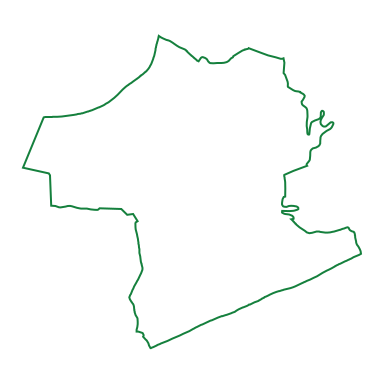 the district of Limpopo, Gaza, Mozambique
{"feature_id": "85939544B55875453752427", "entity_name": "Limpopo", "entity_type": "district", "adm_level": 2, "iso_a3": "MOZ", "parent_name": "Mozambique", "parent_adm1": "Gaza", "projection": "orthographic", "projection_center": [33.462, -25.027], "detail": "fine", "context": "isolated", "style": "outline", "palette": "green", "viewbox_px": 384, "rotation_deg": 0, "n_neighbors": 0, "source": "geoboundaries", "source_scale": "gbopen_adm2", "svg_char_len": 5960}
<svg xmlns="http://www.w3.org/2000/svg" viewBox="0 0 384 384"><path d="M150.5,348.1L151.0,348.1L151.4,347.8L153.3,347.1L156.9,345.4L157.3,345.0L160.0,344.0L160.6,343.6L167.6,340.9L172.4,338.6L179.8,335.5L183.2,333.8L189.4,331.1L193.0,329.0L194.3,328.4L194.6,328.1L195.5,327.7L195.9,327.4L196.9,327.0L201.2,324.8L202.3,324.5L210.1,320.8L211.2,320.4L211.6,320.4L217.9,317.6L221.9,316.1L222.3,316.2L225.3,315.2L226.8,314.8L231.3,313.2L232.3,312.7L234.7,311.9L236.5,310.6L238.7,309.3L242.9,307.4L243.2,307.4L247.0,305.9L248.8,304.9L249.1,304.5L250.1,304.5L254.5,302.3L258.5,300.9L258.8,300.5L259.8,300.1L260.1,299.8L261.5,299.1L261.8,298.7L264.2,297.6L264.5,297.1L266.2,296.5L268.9,295.2L269.3,294.9L273.2,293.1L276.4,291.9L279.0,291.1L279.5,291.1L282.2,290.2L282.6,290.2L283.8,289.7L290.5,288.1L293.2,287.2L295.4,286.3L301.9,283.2L303.7,282.4L304.3,282.0L304.9,281.9L306.8,280.9L310.1,279.6L313.7,277.8L317.0,276.3L322.5,272.9L326.8,270.6L328.6,269.8L331.6,268.3L335.1,266.3L335.3,266.0L335.8,265.9L336.3,265.5L338.5,264.5L339.0,264.1L340.1,263.8L342.1,262.8L345.1,261.3L346.5,260.8L348.4,259.8L348.9,259.7L349.3,259.4L351.4,258.5L353.5,257.2L359.1,254.9L361.0,253.8L360.6,251.2L359.8,249.2L358.4,246.6L356.9,244.6L356.2,242.7L356.1,241.4L355.2,237.6L355.1,235.7L354.9,235.3L354.9,234.3L354.3,232.5L354.0,232.3L353.7,231.8L351.9,231.3L350.6,230.6L349.8,230.0L349.2,229.1L348.6,227.8L348.1,227.5L347.7,227.3L346.3,227.6L344.1,228.5L342.4,228.9L340.0,229.9L339.6,229.9L333.6,231.7L333.1,231.7L330.0,232.4L327.5,232.6L325.4,232.6L320.1,231.9L319.1,231.5L316.7,231.5L312.1,232.8L309.4,233.2L306.8,232.4L305.0,230.9L299.5,227.3L296.1,224.4L295.9,223.9L295.4,223.7L295.3,223.3L294.4,222.6L293.9,221.8L293.5,221.6L293.3,221.2L293.0,221.0L292.2,220.1L291.3,219.3L293.5,218.9L293.6,218.5L293.6,218.0L293.4,217.1L292.3,215.8L289.2,214.5L285.1,214.0L284.1,213.7L282.2,212.7L282.0,212.2L282.2,210.9L289.3,211.1L293.5,210.8L294.8,210.5L297.6,209.6L298.3,209.1L298.3,207.9L298.0,207.4L297.2,206.8L296.3,206.4L293.3,205.9L291.1,205.8L288.9,206.0L286.6,206.9L284.9,206.8L283.5,206.5L283.0,206.2L282.1,204.7L282.0,204.2L282.1,202.4L282.6,199.2L283.7,197.0L285.2,196.6L285.3,188.5L285.2,182.6L285.1,181.3L284.6,178.3L284.6,177.5L284.3,176.6L284.2,175.6L284.3,174.9L293.4,170.9L307.1,165.8L306.8,165.4L306.6,164.6L306.8,163.9L309.2,160.9L309.8,159.8L310.2,155.8L310.3,152.0L310.7,150.5L311.5,149.5L312.8,148.4L315.9,147.6L318.1,146.4L319.3,145.4L320.2,143.6L320.3,140.0L320.5,138.7L320.4,138.1L320.7,136.8L321.2,135.7L322.6,133.9L326.6,130.9L330.0,129.1L331.1,128.1L331.8,127.2L333.0,124.8L333.4,123.8L333.3,122.9L332.9,122.5L332.2,122.2L330.6,122.4L326.0,126.3L324.9,126.6L323.6,126.5L322.6,126.0L320.9,124.2L320.5,122.6L320.5,121.5L320.9,119.8L322.0,117.7L323.7,115.1L323.9,114.0L323.8,112.0L323.4,111.4L322.7,110.9L321.9,110.9L321.4,111.4L320.9,112.4L320.7,117.0L320.1,118.0L318.8,119.1L314.9,120.5L312.0,122.0L311.1,123.1L309.9,128.2L309.3,134.2L309.0,134.6L308.6,134.6L308.1,134.5L307.7,134.1L307.5,133.8L307.3,132.3L307.2,129.4L306.7,126.0L306.8,122.0L307.5,117.0L307.5,115.3L307.3,110.8L307.0,109.4L306.5,108.2L305.5,107.2L302.9,105.3L302.1,104.4L301.7,102.9L301.6,101.6L302.9,99.9L304.5,97.0L304.7,95.8L304.0,94.7L302.9,93.8L300.2,92.4L300.2,91.9L299.1,91.7L298.6,91.5L296.7,91.3L295.0,91.0L293.1,90.1L288.0,86.9L287.8,86.3L287.9,83.6L287.6,81.7L285.1,74.9L283.6,73.1L284.4,62.7L283.5,58.3L282.2,58.8L280.7,58.8L275.7,57.3L268.1,55.4L261.0,52.8L248.7,48.2L248.6,48.5L247.8,48.9L245.7,49.3L245.8,49.4L242.5,50.5L238.2,53.1L233.3,56.2L232.9,57.3L231.1,58.3L228.6,61.0L226.9,62.0L226.0,62.3L223.9,62.8L221.4,63.0L217.2,63.0L213.4,63.3L210.2,63.1L209.3,62.6L209.0,62.1L208.5,61.8L207.8,60.8L207.1,59.5L206.4,58.8L205.0,57.9L202.7,57.1L201.7,57.3L200.9,57.9L198.6,61.3L196.9,60.5L196.6,60.0L194.7,58.4L194.3,58.2L194.1,57.8L193.6,57.5L192.4,56.3L191.5,55.8L191.3,55.4L190.5,54.8L187.4,51.9L187.2,51.4L186.7,51.2L186.6,50.8L186.1,50.5L185.9,50.1L185.4,49.9L185.0,49.5L179.4,47.2L176.9,45.7L173.6,43.4L172.8,42.8L170.1,41.1L168.2,40.3L167.8,40.3L167.0,40.0L166.6,40.0L163.2,38.5L160.8,37.3L160.4,36.9L159.9,36.7L158.8,35.9L158.4,37.4L158.4,38.1L157.9,39.7L157.7,40.6L157.1,42.3L157.1,42.8L156.4,44.8L156.4,45.4L156.1,46.2L156.0,47.4L155.6,48.3L155.5,50.1L154.2,55.9L153.3,58.2L153.3,58.6L151.4,63.6L150.9,64.6L150.0,66.1L149.8,66.7L148.4,68.8L146.1,71.5L145.5,71.7L145.2,72.2L144.6,72.5L144.3,72.9L142.5,74.5L140.8,75.5L140.6,76.0L140.0,76.2L139.8,76.6L139.4,76.8L139.1,77.2L133.1,81.5L131.3,82.9L129.3,84.1L128.2,85.1L127.8,85.2L125.7,86.8L122.7,89.5L117.6,94.8L114.2,97.9L108.5,102.3L105.4,104.0L105.0,104.4L103.7,105.2L99.0,107.4L98.6,107.4L91.6,110.4L91.2,110.4L90.1,110.9L89.7,110.9L88.3,111.5L87.8,111.5L82.4,113.3L81.5,113.3L80.6,113.7L77.8,114.0L76.7,114.4L73.8,114.9L61.9,116.5L57.2,116.8L52.7,116.8L52.2,117.0L45.3,117.0L43.7,117.4L23.0,167.7L48.8,173.4L50.0,175.3L51.2,205.7L55.4,206.0L59.0,207.3L60.6,207.4L65.5,206.6L67.8,206.0L70.0,205.9L72.0,206.3L76.9,207.8L79.8,208.4L81.1,208.6L86.9,208.6L90.7,209.4L94.7,209.8L97.3,209.9L98.2,209.6L99.6,208.3L121.3,209.0L127.2,214.8L133.1,214.0L137.6,221.2L135.7,222.4L135.4,223.4L135.5,227.4L135.7,229.4L137.0,234.4L137.3,236.2L137.9,238.8L138.1,240.5L138.5,242.9L138.4,243.7L138.8,244.9L139.0,247.5L139.4,249.1L139.4,253.0L140.2,256.2L140.9,261.9L141.2,262.7L141.2,263.1L141.7,264.1L141.6,264.5L142.3,267.1L142.5,268.0L142.4,269.8L141.0,273.5L140.5,274.4L138.0,279.7L137.2,280.9L136.5,282.3L134.1,286.5L133.2,288.8L132.7,289.5L130.8,294.2L130.2,295.0L129.7,296.3L129.3,297.3L129.9,299.3L131.6,302.1L131.9,302.3L132.5,303.4L133.1,304.0L133.6,305.1L134.0,306.8L134.2,309.4L134.4,309.8L134.3,310.6L134.7,311.5L134.6,312.0L135.6,315.1L137.3,317.9L137.5,318.5L137.7,321.7L137.7,324.1L137.3,327.1L136.6,329.7L136.6,331.6L138.3,331.6L141.7,332.7L142.5,333.0L142.8,333.3L143.6,335.0L143.6,335.7L143.1,336.7L145.9,339.8L146.4,340.1L147.1,341.1L148.4,343.3L149.0,345.4L150.5,348.1Z" fill="none" stroke="#15803d" stroke-width="2"/></svg>